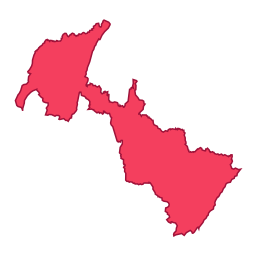 Neiva, Huila, Colombia (Natural Earth projection)
{"feature_id": "7082276B10918286355", "entity_name": "Neiva", "entity_type": "district", "adm_level": 2, "iso_a3": "COL", "parent_name": "Colombia", "parent_adm1": "Huila", "projection": "natural_earth1", "projection_center": [-75.303, 3.004], "detail": "fine", "context": "isolated", "style": "filled", "palette": "rose", "viewbox_px": 256, "rotation_deg": 0, "n_neighbors": 0, "source": "geoboundaries", "source_scale": "gbopen_adm2", "svg_char_len": 5759}
<svg xmlns="http://www.w3.org/2000/svg" viewBox="0 0 256 256"><path d="M136.5,80.6L133.1,79.5L133.3,83.4L132.7,85.9L133.4,88.2L131.9,87.3L131.1,87.8L131.1,88.8L129.6,89.3L128.1,101.3L125.1,104.0L125.1,105.4L124.2,107.0L123.5,107.2L122.6,105.7L120.8,106.2L120.0,105.2L119.8,106.4L118.3,105.7L117.8,103.2L117.3,102.6L114.7,101.9L112.8,102.6L109.5,101.8L109.7,101.1L108.7,99.8L108.9,94.5L108.4,94.4L107.6,95.5L107.1,95.1L107.7,91.7L105.7,92.3L105.0,91.3L103.9,91.9L104.0,92.7L103.5,92.5L103.5,93.1L102.1,93.8L100.7,92.3L101.1,89.0L99.1,85.9L97.5,87.0L96.0,86.4L95.4,85.5L93.1,85.6L92.5,84.1L90.2,83.3L90.0,84.7L87.6,85.0L87.2,86.5L86.3,85.9L86.1,84.9L87.9,80.8L88.1,78.8L87.3,77.7L84.9,76.7L86.2,74.2L86.0,72.0L87.0,70.2L87.4,67.6L89.7,61.8L92.5,51.3L93.7,49.5L94.6,46.4L95.9,44.9L96.2,43.5L98.7,39.0L99.4,39.6L100.0,39.5L102.0,35.2L104.6,31.7L108.3,28.1L110.0,24.8L110.1,24.0L108.7,22.2L104.0,20.1L102.9,21.2L102.9,22.2L101.5,24.2L101.5,25.9L100.8,27.1L99.4,26.5L98.6,23.3L96.2,23.7L95.3,25.3L93.5,26.3L93.6,28.2L91.8,29.0L92.3,30.0L89.7,30.5L89.4,32.1L88.0,32.0L87.3,33.2L85.5,33.7L83.8,32.5L82.9,32.7L81.1,34.4L79.0,33.9L78.8,34.8L77.7,35.2L77.7,35.7L76.8,35.6L76.1,36.2L75.7,35.4L74.3,35.0L74.2,34.0L72.6,33.2L71.4,33.7L70.9,34.8L70.2,34.7L68.6,36.7L67.8,36.4L66.2,33.5L64.9,33.3L63.2,34.4L62.1,36.4L62.4,37.0L62.0,38.4L61.3,38.4L61.4,39.7L60.5,41.0L57.6,41.2L57.3,40.7L56.5,40.6L56.3,41.2L54.9,41.6L54.1,41.1L53.8,41.5L53.3,41.3L53.0,40.4L53.0,41.2L52.4,41.3L52.1,40.6L50.1,40.4L49.7,41.4L48.2,40.0L47.5,40.3L47.2,39.5L45.9,40.0L44.6,41.9L44.6,42.8L43.1,43.5L42.0,45.3L39.9,46.6L39.5,47.5L38.9,47.6L38.1,49.2L37.1,49.7L36.9,50.7L35.9,50.8L35.0,51.8L35.2,52.7L34.0,55.0L32.5,60.1L32.4,63.4L31.7,65.9L29.6,69.6L27.8,71.6L28.3,72.9L30.6,73.7L28.6,76.6L28.2,80.6L28.5,81.8L26.5,84.1L23.7,84.6L22.2,85.6L20.7,90.6L19.2,93.5L18.1,94.7L15.4,100.6L16.8,105.4L18.0,106.5L21.1,107.4L22.0,108.6L22.7,110.8L22.7,108.6L24.3,103.1L24.5,100.4L27.4,95.6L30.7,92.3L32.9,90.8L36.7,89.3L36.6,89.9L38.8,92.2L39.5,93.8L38.7,94.6L41.4,97.4L42.9,98.3L42.7,100.4L43.3,101.7L45.5,102.6L48.1,103.0L48.2,105.4L46.3,108.1L47.2,110.0L45.5,114.9L47.9,115.2L49.0,114.5L51.6,114.6L55.0,116.2L56.2,115.4L58.4,115.5L59.4,116.0L59.7,117.1L58.9,119.2L59.7,119.5L63.8,118.6L65.7,120.4L67.1,120.4L68.2,121.3L69.9,118.4L71.4,117.9L71.2,117.1L71.7,116.8L71.6,115.4L72.4,114.2L73.8,113.7L76.2,110.8L76.8,109.4L76.5,108.1L77.4,104.3L77.1,102.4L77.6,101.4L79.3,92.8L79.8,92.1L80.9,92.2L81.5,95.4L84.6,96.4L86.1,98.0L86.0,98.4L88.3,99.6L89.8,101.4L89.8,103.4L89.3,105.0L89.8,105.1L88.9,106.0L89.8,107.2L88.1,109.4L91.6,109.1L93.2,109.9L93.7,109.7L94.2,110.7L97.0,112.9L98.2,112.1L99.0,112.3L99.4,113.2L100.1,112.7L102.4,113.3L102.5,114.0L103.2,113.7L103.7,112.5L103.6,111.2L104.1,111.2L104.5,112.1L105.2,112.1L105.3,112.8L106.8,113.1L107.4,113.7L109.5,113.4L110.6,116.8L111.6,117.6L110.6,123.0L111.1,124.7L112.8,126.7L117.1,141.0L118.0,141.8L118.1,141.4L120.3,142.0L120.4,141.3L121.2,140.4L122.3,140.5L122.3,144.0L120.2,147.3L119.5,152.8L121.1,154.6L120.6,155.9L121.1,156.8L121.0,158.4L123.5,159.6L123.5,163.5L123.9,164.5L124.6,164.3L125.0,164.9L125.0,165.9L124.1,166.5L123.6,167.5L124.8,168.5L124.6,171.4L125.8,173.3L125.7,180.1L126.8,181.3L128.7,181.4L129.2,182.2L130.4,181.8L132.3,182.2L133.3,183.3L134.3,183.1L135.1,184.0L137.5,183.9L138.7,184.7L140.4,183.9L141.2,184.5L142.8,184.3L144.1,183.0L148.6,183.1L149.0,182.4L149.6,183.1L150.3,182.9L153.0,187.1L152.9,189.1L155.2,192.8L155.3,194.1L157.7,195.7L158.1,196.8L158.9,196.5L160.0,197.5L161.9,197.9L162.2,200.3L163.9,201.2L167.0,201.7L168.5,202.8L169.2,204.3L168.8,206.2L167.5,207.3L165.7,207.9L165.3,211.4L167.5,212.7L167.4,214.2L169.1,215.3L169.6,217.3L166.7,219.7L168.5,222.0L170.6,223.1L171.1,222.9L171.0,222.0L171.9,221.7L172.9,222.4L175.6,223.0L177.3,225.8L176.4,228.0L176.1,230.9L174.0,233.1L173.6,234.6L173.9,235.9L175.6,234.9L181.7,233.5L184.2,235.4L186.4,232.6L190.2,230.4L191.7,231.6L192.4,233.2L193.0,233.2L194.3,232.1L197.4,227.4L198.2,227.2L198.8,228.7L199.0,227.5L203.0,222.4L203.9,220.1L206.3,217.9L206.9,216.2L208.1,215.3L208.6,212.9L210.3,210.9L213.4,209.0L213.7,206.5L215.2,205.0L214.8,202.7L215.5,200.6L217.5,197.1L218.3,197.0L219.1,195.9L220.4,193.1L222.0,191.9L223.4,188.6L225.0,186.8L225.9,184.1L227.3,182.9L230.4,182.2L231.8,179.4L234.2,178.3L234.7,176.4L236.9,175.7L237.3,173.4L240.6,169.2L238.7,169.6L235.4,168.1L233.8,169.1L231.9,168.5L230.3,164.6L231.5,163.3L232.4,161.2L232.0,159.8L231.4,159.6L232.2,156.3L232.0,154.8L230.7,154.9L230.0,156.1L229.1,155.7L228.5,156.6L224.8,154.7L223.1,155.5L221.5,154.1L219.0,154.9L217.9,153.9L216.7,154.3L214.7,153.6L213.8,152.3L213.2,152.4L212.5,151.7L210.7,152.4L210.4,151.7L209.7,151.7L209.3,150.2L207.5,148.2L206.5,149.1L205.7,149.1L205.6,150.7L205.1,150.9L202.2,150.0L201.7,148.4L200.4,147.6L197.8,149.3L197.5,149.0L194.9,151.8L194.1,151.7L193.4,152.2L193.0,151.7L191.7,152.3L190.5,151.7L190.1,152.2L189.4,152.0L188.8,151.6L188.8,150.3L188.2,150.0L187.3,146.4L185.1,144.2L186.0,143.4L185.9,142.0L185.2,140.3L185.2,137.8L184.2,135.1L185.0,133.0L184.1,132.4L183.8,130.2L182.8,130.4L182.2,129.4L181.0,129.8L179.7,128.7L179.2,129.1L178.5,128.6L177.8,129.4L177.6,128.6L176.5,129.4L175.7,128.4L175.4,129.4L172.1,128.8L170.6,129.6L170.1,128.8L168.3,129.7L167.6,131.3L165.5,130.7L163.3,132.1L161.7,131.3L159.9,128.8L158.1,128.4L157.3,126.3L154.1,124.8L153.4,123.4L153.0,120.4L152.4,120.5L150.4,118.4L149.4,118.1L149.0,117.2L148.2,117.7L147.5,116.0L146.7,116.0L146.3,115.0L142.4,114.9L141.8,115.2L141.4,116.2L139.7,113.7L138.9,114.0L138.9,113.4L143.1,109.4L143.5,106.3L145.0,104.1L144.1,103.9L143.7,101.2L142.4,100.3L139.3,100.0L137.9,97.6L135.5,94.9L134.9,91.1L134.9,90.4L135.8,89.7L136.0,85.4L135.2,83.7L137.0,81.3L136.5,80.6Z" fill="#f43f5e" stroke="#9f1239" stroke-width="1.5"/></svg>